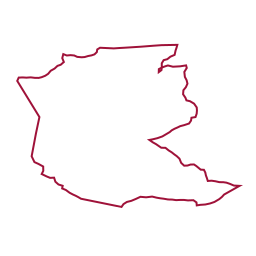 the district of João Neiva, Espírito Santo, Brazil, rotated 266°
{"feature_id": "56859067B35561068674393", "entity_name": "João Neiva", "entity_type": "district", "adm_level": 2, "iso_a3": "BRA", "parent_name": "Brazil", "parent_adm1": "Espírito Santo", "projection": "natural_earth1", "projection_center": [-40.439, -19.726], "detail": "fine", "context": "isolated", "style": "outline", "palette": "rose", "viewbox_px": 256, "rotation_deg": 266, "n_neighbors": 0, "source": "geoboundaries", "source_scale": "gbopen_adm2", "svg_char_len": 2030}
<svg xmlns="http://www.w3.org/2000/svg" viewBox="0 0 256 256"><g transform="rotate(266 128 128)"><path d="M206.2,68.6L202.3,67.3L198.3,68.6L195.8,65.3L194.9,62.0L192.4,58.9L190.5,54.9L187.6,52.1L185.9,49.1L184.7,45.4L184.2,42.4L184.5,38.7L185.3,34.5L185.3,30.2L185.8,26.4L185.9,22.5L182.7,20.8L145.1,40.4L129.0,35.8L106.5,29.9L103.0,31.3L100.5,32.3L98.4,36.2L95.5,40.7L91.2,40.5L88.1,38.7L85.4,43.4L83.7,46.8L83.6,50.8L79.5,51.8L76.5,54.7L74.9,58.8L72.3,58.1L70.5,61.7L67.5,65.2L65.5,68.4L64.1,71.0L62.5,73.6L60.7,76.2L49.7,116.0L52.4,118.2L54.3,121.7L55.1,126.2L56.7,130.9L58.5,135.6L57.6,141.2L57.9,147.3L56.5,151.7L55.6,155.4L55.0,158.5L53.9,163.0L53.5,167.2L52.7,170.9L52.6,175.1L52.3,179.0L51.6,182.7L51.4,188.2L49.0,191.1L46.0,191.2L46.3,194.7L46.3,199.8L47.0,204.6L48.2,209.1L50.7,214.1L52.7,216.9L54.9,219.2L62.5,235.2L63.2,229.6L65.1,225.9L66.6,222.4L67.3,219.2L67.6,215.4L68.8,211.4L69.6,207.7L69.6,203.9L72.6,203.2L75.3,202.4L78.2,202.0L81.0,200.8L81.4,197.6L83.5,195.4L85.3,193.5L87.0,191.3L87.2,187.9L86.4,184.8L86.5,181.4L89.5,178.6L93.8,177.2L96.6,174.6L98.4,172.4L100.7,169.9L102.8,167.0L105.6,164.0L106.0,159.8L107.9,157.4L109.9,154.9L112.0,151.7L114.6,148.5L115.0,151.9L115.8,156.6L117.2,161.7L119.3,165.9L121.0,169.3L122.6,171.4L124.0,174.4L125.1,177.5L126.2,180.2L126.9,184.0L128.2,189.2L131.0,191.4L133.8,192.0L134.2,196.1L137.5,197.5L140.6,198.0L143.7,198.0L147.7,195.6L150.4,191.7L151.5,188.2L154.2,187.4L157.8,185.3L161.8,185.9L164.7,188.6L168.1,190.4L171.6,189.8L175.0,188.3L180.0,188.1L183.8,190.8L186.4,190.3L185.9,184.3L186.0,177.1L187.6,172.2L186.9,169.2L185.9,165.9L190.2,166.2L193.2,168.3L193.9,172.0L196.2,175.3L197.7,179.6L202.1,180.9L204.4,181.9L207.5,183.0L208.3,167.3L208.3,159.3L208.2,146.9L208.3,132.0L208.4,124.4L208.4,119.4L210.0,105.7L208.5,102.8L205.9,102.2L203.8,99.7L203.0,96.7L202.6,93.3L201.8,89.7L201.8,86.7L202.5,82.3L204.1,79.4L204.7,75.7L204.6,72.0L206.2,68.6ZM185.9,165.9L183.4,165.4L181.6,162.6L184.6,162.9L185.9,165.9Z" fill="none" stroke="#9f1239" stroke-width="2"/></g></svg>